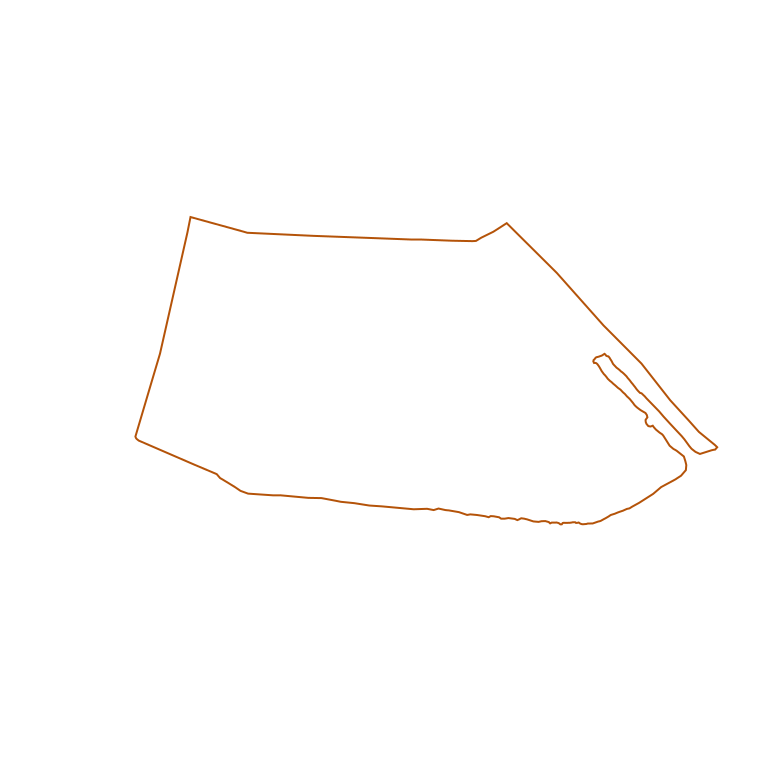 Al-Dawahy, Bur Sa`id, Egypt (Equal Earth projection), rotated 324°
{"feature_id": "37247803B10876030245945", "entity_name": "Al-Dawahy", "entity_type": "district", "adm_level": 2, "iso_a3": "EGY", "parent_name": "Egypt", "parent_adm1": "Bur Sa`id", "projection": "equal_earth", "projection_center": [32.286, 31.246], "detail": "fine", "context": "isolated", "style": "outline", "palette": "amber", "viewbox_px": 768, "rotation_deg": 324, "n_neighbors": 0, "source": "geoboundaries", "source_scale": "gbopen_adm2", "svg_char_len": 3658}
<svg xmlns="http://www.w3.org/2000/svg" viewBox="0 0 768 768"><g transform="rotate(324 384 384)"><path d="M462.7,260.9L413.9,222.6L362.3,181.3L361.3,180.0L360.3,178.7L325.6,135.2L314.0,145.9L220.6,227.8L197.6,245.4L152.0,280.4L151.6,281.8L151.6,283.0L152.3,285.6L183.7,338.7L195.7,358.6L196.1,363.7L196.6,364.9L197.2,366.2L202.8,379.7L205.1,386.1L209.6,392.8L229.1,409.1L234.7,413.1L255.8,431.6L266.4,439.6L276.4,450.2L279.8,453.9L290.0,463.0L300.7,473.7L310.3,481.7L334.4,502.8L345.5,510.3L350.1,515.2L354.9,516.8L359.5,522.0L360.8,523.2L362.1,524.3L369.3,531.7L374.3,538.8L375.7,539.5L377.2,540.2L382.2,544.6L388.1,550.4L390.4,553.3L392.0,553.5L392.7,553.6L395.0,555.5L398.8,559.5L399.2,560.7L399.6,561.8L402.7,564.0L404.3,564.8L405.9,565.6L410.5,570.0L411.2,571.3L411.9,572.5L414.1,573.0L415.1,573.1L416.1,573.3L418.3,575.4L419.2,576.5L420.1,577.5L424.1,583.0L428.0,586.4L429.4,587.0L430.8,587.6L433.9,589.7L436.2,592.6L436.2,592.9L436.5,594.4L438.1,594.7L438.4,594.8L440.1,596.1L440.4,596.3L441.2,596.9L442.1,597.4L443.1,598.6L443.6,599.2L444.2,601.2L445.3,602.0L446.4,601.7L446.8,601.5L447.8,601.9L448.9,602.8L450.7,604.1L451.6,604.7L452.7,605.5L453.9,606.1L454.2,606.3L455.4,606.8L457.4,608.2L457.6,608.8L457.7,609.3L458.9,610.0L459.1,610.1L460.1,610.5L460.7,612.3L461.6,613.6L462.5,614.4L465.3,616.1L466.0,616.4L466.7,616.6L470.9,619.5L476.5,621.2L477.6,621.7L478.8,622.1L482.9,622.6L483.5,622.7L484.1,622.8L488.0,623.2L489.3,623.2L490.6,623.3L494.1,624.5L494.8,624.7L496.1,625.0L497.4,625.3L499.5,625.9L503.0,627.0L504.6,627.3L505.4,627.5L507.0,627.8L509.5,628.9L512.6,629.1L520.6,630.1L537.2,631.1L547.7,630.3L564.0,632.5L564.4,632.5L564.9,632.5L570.4,632.8L577.6,631.1L580.9,627.3L581.7,625.4L582.5,623.4L584.0,618.9L581.5,610.0L580.8,608.3L580.0,606.7L578.8,601.8L579.3,594.6L579.6,589.8L579.4,588.0L578.7,586.2L578.3,585.0L577.2,580.7L577.0,578.6L576.9,577.8L576.9,575.7L574.7,575.1L573.9,574.3L573.1,573.4L572.9,570.5L573.4,568.6L574.5,566.8L575.0,566.6L577.5,565.8L578.4,563.6L578.5,561.1L577.4,558.7L576.2,555.9L575.0,552.0L574.6,550.2L574.3,548.3L574.3,545.4L574.2,544.0L574.0,540.6L573.5,537.8L573.4,537.5L573.3,537.0L573.0,533.5L572.8,532.7L572.6,531.9L572.4,530.9L572.0,527.6L571.5,526.1L571.0,524.6L570.3,521.2L569.6,518.4L569.5,518.0L569.4,517.2L569.1,515.8L568.7,514.6L568.1,511.3L568.1,509.4L568.1,509.1L568.0,507.4L568.0,507.1L567.7,505.2L567.7,503.2L567.7,501.4L567.9,499.8L568.1,498.1L568.2,497.1L568.3,495.8L568.3,493.4L568.0,492.0L567.8,491.7L567.1,490.9L566.3,490.5L566.6,488.8L567.7,487.8L568.8,487.7L570.8,487.1L572.2,487.4L572.7,487.7L573.0,487.8L574.1,488.2L575.2,488.5L576.2,488.8L576.7,489.0L577.8,489.1L580.1,489.2L580.4,490.2L580.4,491.3L580.4,491.8L581.0,492.8L581.8,493.6L581.9,495.4L581.8,496.4L581.7,497.2L581.7,497.9L581.6,499.3L581.3,501.2L581.1,502.3L581.3,504.2L581.5,505.6L581.7,507.4L582.4,509.6L582.7,510.8L582.8,511.0L583.1,513.0L583.2,513.4L583.6,514.4L584.1,516.6L584.7,520.3L584.7,522.4L584.9,524.4L585.0,526.2L585.0,526.5L585.0,528.1L585.1,529.5L585.2,530.5L585.2,531.5L585.2,532.2L585.3,533.5L585.3,536.9L585.5,539.1L585.9,541.7L586.4,542.3L586.9,542.9L587.3,545.2L587.7,547.3L587.8,548.7L587.9,549.8L588.1,551.2L590.5,567.9L591.0,574.6L592.1,584.3L593.3,594.0L594.2,601.0L594.5,605.3L594.5,607.2L594.5,609.1L594.5,613.6L594.7,616.9L594.9,617.8L596.1,622.0L598.5,626.3L604.2,628.2L610.2,630.2L611.8,630.9L613.4,631.7L616.4,631.0L616.2,629.7L615.8,627.6L610.6,607.8L609.1,592.8L606.0,565.4L604.3,518.8L596.0,465.6L589.1,395.8L577.8,326.0L562.0,325.1L548.7,322.8L542.5,322.3L540.9,321.3L539.4,320.3L523.3,308.1L499.4,289.3L491.3,283.4L462.7,260.9Z" fill="none" stroke="#b45309" stroke-width="2"/></g></svg>